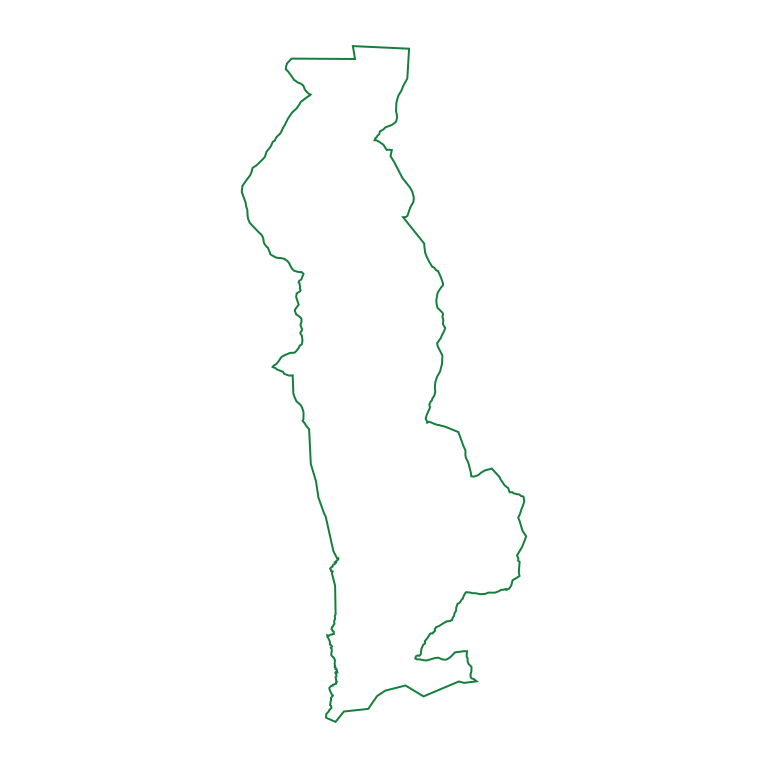 Afigya Kwabre North, Ashanti, Ghana
{"feature_id": "2480657B47912218033723", "entity_name": "Afigya Kwabre North", "entity_type": "district", "adm_level": 2, "iso_a3": "GHA", "parent_name": "Ghana", "parent_adm1": "Ashanti", "projection": "natural_earth1", "projection_center": [-1.628, 7.039], "detail": "fine", "context": "isolated", "style": "outline", "palette": "green", "viewbox_px": 768, "rotation_deg": 0, "n_neighbors": 0, "source": "geoboundaries", "source_scale": "gbopen_adm2", "svg_char_len": 6100}
<svg xmlns="http://www.w3.org/2000/svg" viewBox="0 0 768 768"><path d="M476.6,681.3L473.9,679.1L471.6,678.4L470.7,677.2L470.5,674.6L471.4,671.2L471.5,666.9L468.6,664.0L468.2,662.8L467.6,661.7L467.6,658.2L466.6,656.7L467.0,651.2L464.0,651.2L454.9,652.4L450.4,657.2L446.6,659.5L445.0,659.7L442.3,659.4L438.3,657.7L435.5,657.9L426.5,660.5L423.6,660.2L420.0,659.4L416.8,659.3L415.3,658.5L415.9,656.4L417.8,655.4L419.5,655.8L420.8,654.1L421.5,648.5L423.3,644.8L424.9,643.5L425.2,642.0L424.8,641.2L427.7,637.7L429.4,634.8L430.6,633.4L432.7,633.4L433.1,632.4L433.9,632.1L435.1,630.7L434.7,629.2L435.9,627.6L436.0,627.2L438.9,626.1L444.4,622.6L445.8,622.0L446.7,621.3L450.0,621.1L451.2,620.2L452.0,620.0L452.8,617.6L454.0,615.8L454.7,612.7L456.1,610.7L456.2,607.7L457.6,603.7L459.4,603.0L460.7,601.3L461.7,599.5L462.6,598.9L463.9,595.5L465.8,592.3L466.9,592.2L470.4,592.6L472.4,593.2L475.7,593.2L479.9,594.2L485.4,593.9L487.7,592.8L489.1,592.6L494.7,592.7L498.0,591.6L501.3,589.8L503.1,589.8L505.9,589.0L506.1,589.8L506.9,589.8L507.7,589.2L509.2,588.6L511.3,585.4L512.6,580.2L516.6,577.9L519.5,576.0L518.8,572.3L519.6,561.8L518.1,560.7L518.3,558.3L517.0,555.4L522.1,547.0L526.2,536.3L522.8,531.3L522.0,529.2L519.7,521.3L518.2,517.7L518.9,516.1L519.9,514.2L521.6,508.8L522.8,506.1L524.2,501.6L523.7,497.4L523.4,496.6L521.0,496.0L519.1,494.3L517.4,494.3L515.7,493.7L513.7,493.4L512.3,492.2L509.7,492.3L508.9,490.3L508.2,488.0L507.2,487.4L504.5,485.2L500.4,479.1L499.5,477.0L491.8,468.6L484.9,470.4L481.2,472.6L478.3,475.1L474.0,476.6L471.3,476.3L470.8,472.5L468.7,464.0L467.5,460.9L465.9,458.0L465.4,455.0L465.5,450.6L463.3,445.7L458.4,432.1L445.0,426.6L441.7,425.9L439.6,425.2L437.4,424.9L433.4,423.5L431.6,422.6L428.6,421.8L427.2,422.7L426.8,421.0L425.7,418.7L425.9,417.6L426.9,414.5L429.9,407.9L429.9,406.7L429.6,406.3L429.4,404.3L430.6,401.8L431.8,400.5L432.4,398.5L434.3,395.6L435.3,391.6L434.8,387.4L435.4,381.9L437.1,376.7L440.1,371.4L442.0,363.8L442.4,355.5L437.5,345.8L437.2,342.9L437.8,342.3L441.0,337.7L441.4,336.4L444.4,330.5L445.2,328.0L443.0,324.4L443.3,319.7L442.5,317.0L443.0,314.1L442.4,312.6L437.4,307.7L436.6,303.7L436.3,300.6L437.3,294.4L437.9,292.3L441.1,287.4L443.0,285.1L443.1,283.8L441.1,277.8L438.1,271.1L436.1,270.2L434.3,267.7L432.2,266.7L429.2,261.8L427.2,257.8L425.1,252.6L424.8,249.7L424.3,246.2L424.3,243.7L403.1,217.2L405.6,217.1L407.4,216.0L410.2,207.6L413.5,201.7L413.8,197.1L412.2,191.5L409.9,187.4L402.4,178.0L394.4,162.4L390.5,156.1L391.8,150.0L388.6,149.7L386.6,149.9L383.4,144.7L378.0,141.1L376.3,140.3L374.6,140.2L375.5,138.1L376.8,137.0L377.4,135.8L379.2,134.1L379.9,131.5L383.6,129.3L385.3,127.4L391.9,124.9L395.1,122.6L395.7,122.0L396.3,120.9L397.1,117.4L396.8,114.5L396.0,111.0L396.4,102.9L397.5,98.2L398.8,94.9L401.6,90.3L403.1,86.1L407.3,78.5L409.1,48.7L352.9,46.1L355.0,59.0L291.6,58.6L287.6,62.8L286.9,63.8L286.1,66.4L285.8,69.3L287.9,71.2L292.1,76.9L294.0,79.8L297.4,82.2L298.7,82.9L300.8,83.6L302.9,85.2L303.5,86.0L304.7,89.3L306.3,91.4L308.6,93.7L310.6,94.6L309.7,95.5L307.4,96.9L302.4,100.7L301.2,101.4L299.9,103.4L299.4,104.4L296.5,108.5L292.3,112.3L288.1,118.4L285.4,123.7L285.0,124.7L283.1,127.8L281.8,130.5L281.3,131.8L279.6,134.2L276.5,137.0L275.8,138.2L274.8,140.6L272.8,141.8L270.7,146.5L266.3,152.0L265.2,156.1L264.1,157.9L256.4,165.5L254.0,166.9L252.4,168.1L251.5,172.2L250.0,175.5L246.7,179.8L242.5,185.8L241.8,190.6L241.9,192.4L245.5,202.3L246.4,207.2L247.3,209.8L247.6,215.9L248.1,218.9L249.6,222.6L252.0,225.3L258.1,231.6L261.7,235.1L263.2,238.0L263.7,241.8L264.4,243.8L266.4,246.6L267.7,247.4L269.9,252.5L270.2,254.0L271.7,255.2L276.1,257.6L279.2,258.0L280.3,258.0L284.1,258.8L285.5,259.7L287.0,260.7L288.5,262.2L289.4,263.7L290.4,266.0L292.4,269.2L294.1,270.7L298.0,271.9L300.4,272.2L301.3,271.9L303.5,273.8L303.5,274.2L302.4,276.5L301.3,279.4L299.2,280.9L298.6,282.4L299.6,283.5L299.6,284.7L300.1,286.6L299.8,288.5L300.3,289.4L300.6,290.4L299.9,291.4L296.7,293.4L296.1,296.9L298.7,304.8L297.0,306.8L295.0,309.7L295.0,311.2L296.2,314.4L298.1,315.6L301.1,318.1L301.5,319.3L301.5,321.9L300.8,323.4L300.5,325.2L302.2,329.7L301.7,330.7L300.5,332.3L300.3,333.5L301.8,335.5L302.5,340.6L301.7,344.4L299.7,345.7L298.8,347.8L296.1,351.3L294.5,352.7L290.1,352.9L284.8,355.1L281.9,356.7L280.6,358.1L279.2,360.4L276.5,363.9L274.1,365.3L272.6,366.9L273.7,367.5L275.4,368.1L277.1,369.5L282.8,371.7L283.7,372.9L284.1,373.8L289.0,375.6L292.7,375.4L293.3,392.0L293.3,393.3L294.6,397.3L296.5,401.3L300.8,405.2L302.1,407.7L302.7,409.5L303.5,412.3L303.5,415.6L303.4,419.6L302.6,420.9L303.6,421.9L304.5,423.1L306.8,426.7L309.1,429.0L310.8,463.9L316.0,481.3L318.4,497.5L324.1,513.5L325.7,516.6L333.4,551.2L337.1,558.4L337.8,558.7L338.3,558.4L338.3,558.7L338.3,559.2L338.0,559.7L335.0,562.0L336.1,562.4L335.8,563.0L334.5,564.2L333.2,564.6L332.7,565.4L332.6,566.6L331.2,567.3L330.1,568.5L330.1,568.8L331.2,570.2L331.1,571.1L332.6,571.5L331.9,573.3L332.0,573.6L335.1,585.9L335.6,614.3L334.8,616.0L335.1,619.2L334.3,620.4L334.1,622.2L334.5,623.7L333.2,625.6L332.8,626.6L332.0,627.1L331.5,629.1L332.5,630.3L332.7,631.1L333.6,631.4L333.9,633.8L332.2,634.2L331.7,634.6L330.4,634.7L328.9,635.8L327.3,635.2L327.4,637.0L328.3,638.1L329.9,641.7L329.9,644.6L330.8,644.9L332.0,646.5L330.8,647.8L331.7,649.1L331.8,651.5L331.6,652.0L331.3,653.6L331.4,655.3L331.8,655.9L333.8,657.8L334.2,658.8L334.8,659.6L335.0,660.1L334.8,661.1L334.7,663.4L334.7,664.4L335.1,665.6L334.6,666.8L335.5,667.3L335.3,668.6L335.4,669.0L336.4,669.0L336.6,669.2L337.1,671.1L336.9,671.6L337.4,672.5L336.7,672.8L335.8,672.0L335.4,672.6L335.5,673.3L336.4,674.9L336.4,676.5L335.5,677.2L335.9,678.5L336.3,681.6L336.7,681.8L336.0,682.5L336.0,682.9L336.3,683.6L336.1,683.8L332.9,684.7L332.8,685.0L332.8,685.7L331.2,685.9L329.3,688.0L329.7,690.0L331.8,694.5L332.9,695.4L332.4,696.3L331.0,697.8L331.0,700.6L330.6,701.8L330.1,705.1L331.1,706.0L331.4,708.0L329.3,710.0L328.9,711.2L326.1,714.3L326.2,715.5L325.9,717.1L326.4,717.7L326.4,717.9L335.5,721.9L343.9,711.5L368.2,708.9L377.1,696.0L385.4,690.6L405.5,685.5L423.5,696.4L458.8,681.5L464.1,682.9L476.6,681.3Z" fill="none" stroke="#15803d" stroke-width="2"/></svg>